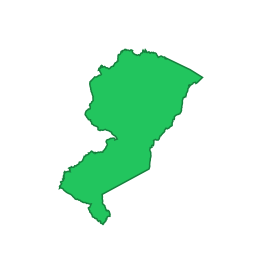 Alto Paraíso de Goiás, Goiás, Brazil, rotated 148°
{"feature_id": "56859067B58391691599305", "entity_name": "Alto Paraíso de Goiás", "entity_type": "district", "adm_level": 2, "iso_a3": "BRA", "parent_name": "Brazil", "parent_adm1": "Goiás", "projection": "albers", "projection_center": [-47.466, -14.162], "detail": "fine", "context": "isolated", "style": "filled", "palette": "green", "viewbox_px": 256, "rotation_deg": 148, "n_neighbors": 0, "source": "geoboundaries", "source_scale": "gbopen_adm2", "svg_char_len": 5925}
<svg xmlns="http://www.w3.org/2000/svg" viewBox="0 0 256 256"><g transform="rotate(148 128 128)"><path d="M218.0,113.1L217.2,113.1L216.6,112.7L216.0,111.9L215.4,111.2L215.4,109.5L214.9,108.0L214.2,106.0L213.2,104.2L211.7,102.0L211.4,101.1L211.1,100.2L211.1,99.1L210.8,98.4L210.7,97.6L210.4,96.9L210.5,96.0L210.0,95.2L209.2,94.5L208.4,94.4L208.1,93.1L207.0,92.2L206.8,91.2L206.6,90.4L205.9,89.9L205.7,89.0L205.2,88.4L204.6,88.0L203.4,87.2L203.2,86.1L202.3,85.6L201.4,84.7L201.1,84.1L200.4,83.5L199.5,83.1L202.5,81.0L203.2,81.3L203.9,81.3L204.2,80.7L204.4,78.9L204.3,77.9L204.9,77.1L204.6,75.7L204.3,75.0L204.6,74.4L204.6,73.1L205.2,71.5L203.9,69.8L204.0,69.1L203.5,68.3L202.7,67.8L202.6,66.9L202.9,66.1L202.6,65.3L202.6,64.5L201.1,64.3L200.7,63.3L201.5,62.6L201.5,61.7L200.8,61.0L200.3,59.5L199.5,59.7L199.1,60.3L198.1,60.3L197.4,60.5L196.9,60.9L195.8,61.0L194.8,62.5L194.2,62.1L193.8,62.7L193.2,63.1L192.7,63.6L191.7,63.6L190.2,62.7L189.9,63.4L189.2,63.8L189.2,64.7L188.6,65.3L188.6,66.1L188.2,67.1L188.4,68.4L189.6,68.7L189.4,69.4L190.1,69.7L189.8,70.6L189.8,71.3L189.3,72.8L189.3,73.7L188.9,74.3L189.4,76.3L189.7,77.1L189.2,78.4L188.3,79.2L187.8,80.3L187.5,81.2L187.1,82.1L186.4,82.8L185.1,85.4L131.9,82.1L130.1,83.7L129.6,84.4L129.2,85.3L127.5,87.6L126.0,89.1L125.5,90.0L124.2,91.2L123.5,92.0L123.1,92.6L122.6,93.8L121.8,94.9L121.4,96.4L121.4,97.4L121.0,98.1L120.1,98.9L119.5,99.6L118.7,99.1L117.8,99.0L117.2,100.5L116.4,100.5L115.8,99.7L115.2,100.2L114.0,101.7L113.3,102.7L112.9,103.9L110.7,103.7L110.4,102.9L108.8,101.8L107.2,102.3L106.7,103.0L106.1,103.3L105.2,104.2L104.2,104.0L103.3,104.5L102.3,104.7L101.5,105.1L100.8,105.1L99.8,105.3L98.5,105.9L98.2,106.8L96.9,107.2L96.1,107.7L95.4,107.2L95.3,106.5L92.8,106.3L91.2,106.9L89.9,106.6L89.2,106.8L87.7,109.2L86.6,109.7L85.9,110.9L85.0,111.4L84.3,110.8L83.6,111.5L82.7,113.0L81.1,113.3L80.0,113.4L78.9,113.2L78.3,112.9L77.5,112.9L76.5,112.6L75.5,113.2L74.6,113.5L73.2,114.7L72.6,116.0L71.3,117.0L71.1,117.7L68.7,120.2L67.8,121.7L67.3,122.6L66.5,123.1L65.6,124.0L64.8,124.5L63.9,124.0L62.9,124.3L62.5,123.9L62.0,124.4L61.2,125.1L60.2,126.4L58.0,127.6L57.0,128.7L56.3,129.7L55.4,129.9L54.1,130.5L54.3,131.4L53.9,132.0L53.1,132.0L53.1,130.9L52.2,131.2L49.7,131.2L49.0,131.6L48.4,131.7L46.6,131.0L46.8,129.8L45.3,129.8L38.0,131.4L44.6,144.9L45.1,145.6L58.6,167.0L59.0,166.4L59.8,167.1L59.3,168.8L60.9,169.7L61.3,170.9L61.8,171.5L62.6,171.7L63.3,171.6L64.2,171.9L64.9,171.9L64.8,173.8L64.9,174.7L64.7,175.5L64.7,176.2L65.0,176.9L65.4,177.5L66.5,177.9L66.5,178.7L67.4,178.8L67.8,179.6L68.7,179.9L69.6,179.7L69.9,180.4L69.7,181.2L70.1,181.6L71.4,181.6L72.1,182.2L71.7,183.1L71.9,185.2L72.5,184.7L72.9,183.9L73.5,183.3L73.9,183.9L74.0,184.9L74.0,186.0L74.6,185.6L75.1,184.7L75.7,184.2L76.4,184.3L77.0,184.5L77.7,184.4L79.6,183.3L79.9,184.2L80.4,184.6L81.1,184.6L81.9,184.8L82.1,185.6L82.9,186.4L83.5,187.3L83.6,188.1L84.0,189.0L84.0,189.9L83.7,190.9L83.1,191.2L83.5,192.0L84.1,192.7L84.9,192.5L85.9,192.8L86.2,193.6L87.5,194.6L88.4,194.8L88.1,195.6L88.9,196.3L90.1,196.0L91.2,196.4L92.3,195.9L92.2,196.5L93.3,196.5L93.8,196.1L94.4,195.4L95.1,195.0L95.8,194.8L96.7,194.7L97.2,195.3L98.0,194.7L98.6,193.9L99.1,193.0L99.7,192.4L100.6,190.8L101.1,190.1L101.8,190.4L102.7,189.7L104.1,190.0L105.0,189.8L106.1,189.0L107.0,188.8L107.6,188.1L108.3,188.5L109.8,188.8L112.0,188.1L113.0,188.5L113.5,189.8L114.8,190.8L115.0,191.7L115.2,192.5L116.1,192.8L117.2,193.0L116.8,194.3L117.2,195.1L118.0,195.0L118.9,194.5L118.6,193.7L119.6,193.3L120.0,193.9L121.0,194.0L122.5,192.6L121.5,192.2L121.8,191.1L122.1,187.7L122.8,187.4L123.8,187.5L124.4,188.1L125.2,187.9L126.2,188.0L127.0,187.9L127.8,188.0L128.6,188.5L129.2,189.0L131.2,188.3L132.0,188.2L133.1,187.8L134.1,187.8L134.6,187.3L135.7,187.3L137.0,185.7L137.4,184.8L137.9,183.6L138.3,182.4L138.4,181.6L139.0,180.9L139.2,180.2L139.3,179.6L139.9,178.4L140.0,176.5L140.4,176.0L140.5,175.2L140.9,173.7L140.9,173.0L141.5,172.6L141.7,172.0L142.2,171.4L142.6,170.6L142.9,169.8L144.1,169.4L144.9,169.4L145.5,168.8L146.5,168.4L147.5,168.6L148.7,167.4L148.4,166.6L148.8,166.1L149.8,164.4L150.6,164.5L151.6,165.1L152.5,164.7L153.9,164.7L154.7,164.4L156.1,163.4L156.6,162.8L157.1,162.3L157.3,161.4L157.1,160.3L157.2,159.6L157.2,158.8L157.1,158.1L156.9,157.3L157.1,156.1L156.3,155.4L155.5,154.9L156.1,154.1L155.8,152.3L156.2,151.7L156.5,150.5L155.7,149.2L155.5,148.1L154.8,147.4L153.6,145.7L153.2,144.8L153.3,143.8L154.0,143.2L154.3,142.4L153.7,141.5L153.0,140.6L152.2,140.8L151.1,139.9L150.6,139.4L149.7,139.2L148.0,138.9L147.4,137.6L146.2,136.4L145.4,135.4L145.1,134.5L144.6,133.8L144.2,133.1L144.5,132.5L144.6,131.4L144.2,130.2L143.7,129.1L143.1,128.0L142.9,126.9L142.9,125.2L143.0,124.3L143.7,124.5L145.4,124.9L145.0,125.4L144.9,126.4L145.9,127.3L147.6,128.0L148.3,128.5L150.1,128.4L151.9,129.0L152.7,128.9L153.9,127.9L154.0,126.5L154.2,125.1L154.8,124.4L156.8,123.5L157.8,122.5L159.0,122.4L160.0,121.8L161.4,121.6L162.2,120.9L163.0,121.2L163.4,121.9L164.2,122.3L165.4,122.5L165.7,123.1L166.5,123.4L167.3,123.4L168.0,123.8L169.1,123.8L168.7,124.5L169.4,124.8L170.1,124.9L169.9,125.5L170.7,126.2L170.8,127.2L171.3,127.8L172.9,127.3L173.8,127.2L174.7,127.7L174.8,127.0L175.3,126.6L176.4,126.8L177.2,127.0L178.0,127.4L178.6,126.8L179.7,126.7L180.1,127.2L182.1,125.6L182.9,125.2L183.7,124.4L184.4,124.2L185.1,124.2L185.8,124.2L186.8,124.1L187.3,124.8L188.3,124.1L188.9,123.4L190.3,123.7L191.2,123.6L192.1,123.3L193.2,124.2L194.7,123.4L196.3,124.4L196.6,125.2L197.3,124.7L198.5,125.3L199.5,125.3L199.0,124.2L199.9,123.3L199.5,122.8L200.1,122.3L200.2,121.6L201.7,122.8L202.5,123.3L204.4,123.5L204.6,124.6L205.4,124.3L206.1,123.8L206.0,122.9L207.7,121.9L208.2,121.5L207.7,121.0L209.4,119.9L208.7,119.2L209.9,118.5L210.5,118.9L210.5,118.0L211.2,117.7L212.0,117.5L213.0,118.0L213.8,117.9L214.0,116.9L213.8,115.9L214.7,115.4L215.7,115.2L216.3,115.1L216.4,114.3L217.1,114.5L217.3,113.8L218.0,113.1Z" fill="#22c55e" stroke="#15803d" stroke-width="1.5"/></g></svg>